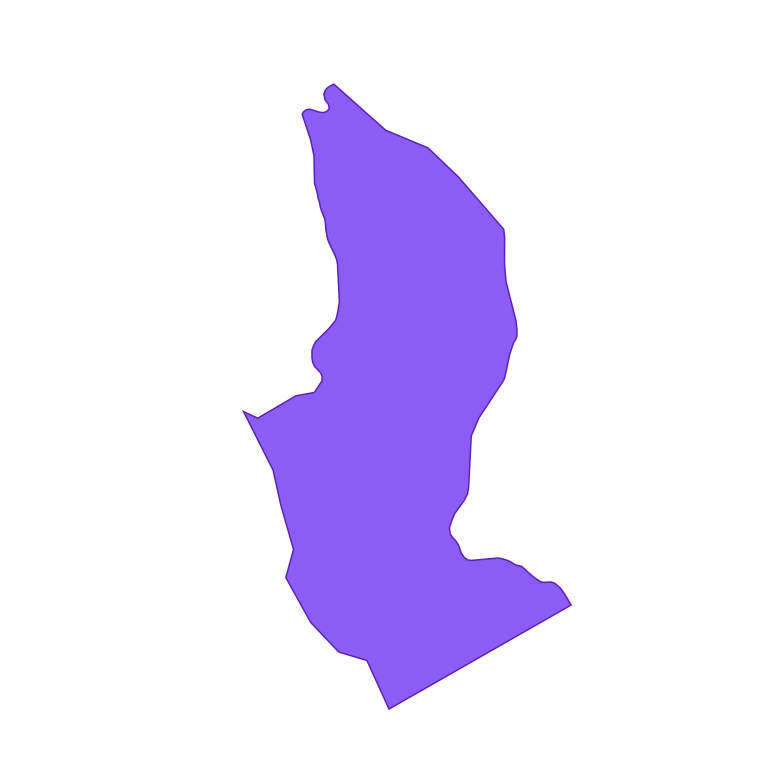 Lélouma, Robinson projection, rotated 151°
{"feature_id": "GIN-5649", "entity_name": "Lélouma", "entity_type": "Prefecture", "adm_level": 1, "iso_a3": "GIN", "parent_name": "Guinea", "parent_adm1": "", "projection": "robinson", "projection_center": [-12.765, 11.356], "detail": "fine", "context": "isolated", "style": "filled", "palette": "violet", "viewbox_px": 768, "rotation_deg": 151, "n_neighbors": 0, "source": "natural_earth", "source_scale": "10m", "svg_char_len": 1526}
<svg xmlns="http://www.w3.org/2000/svg" viewBox="0 0 768 768"><g transform="rotate(151 384 384)"><path d="M282.5,670.6L259.5,605.1L231.1,569.2L218.6,529.2L204.3,461.2L207.6,453.4L220.5,430.4L227.7,414.1L237.8,375.7L241.4,366.9L244.8,361.1L247.6,358.9L250.8,357.1L259.6,349.0L275.4,330.9L278.3,328.8L317.5,308.3L332.9,296.2L359.9,252.9L364.0,247.7L370.1,243.4L384.9,236.4L389.6,232.9L396.7,226.3L398.7,220.9L398.5,216.8L397.3,212.3L396.9,207.2L398.4,198.6L397.9,193.4L396.1,189.5L393.0,187.3L368.8,176.6L366.1,174.5L363.4,171.9L360.9,169.1L359.0,166.2L357.5,163.4L356.2,161.5L352.3,158.1L350.8,154.6L349.6,150.6L346.8,142.7L343.4,135.8L340.9,133.3L334.2,130.0L331.5,127.4L329.9,123.6L328.7,120.0L327.9,113.4L327.5,100.0L537.2,97.3L533.0,150.5L553.5,171.4L563.7,211.0L563.7,262.3L543.3,283.2L533.1,327.5L522.8,362.4L520.2,427.9L511.0,415.3L466.7,416.4L449.1,410.4L436.7,416.8L434.3,421.0L434.1,424.8L436.1,432.6L435.9,437.5L434.1,442.2L430.6,448.5L427.1,451.6L423.6,454.0L405.0,459.3L395.2,463.3L390.1,468.7L383.3,477.3L366.4,511.7L365.2,515.6L364.5,520.1L363.6,534.6L362.8,539.0L360.2,546.7L357.1,553.5L355.8,557.1L354.7,565.8L353.8,569.8L352.5,573.4L351.8,577.4L349.4,584.7L347.5,593.2L334.6,617.6L329.8,633.1L324.8,659.7L324.1,660.2L322.5,661.0L319.9,661.5L317.2,661.0L315.7,660.2L315.0,659.7L309.0,653.3L306.0,651.1L302.7,650.1L298.7,651.1L297.3,654.1L297.1,657.2L297.6,658.9L297.8,660.4L297.4,662.2L296.0,666.8L293.2,669.2L289.5,670.6L285.9,670.7L282.5,670.6Z" fill="#8b5cf6" stroke="#5b21b6" stroke-width="1.5"/></g></svg>